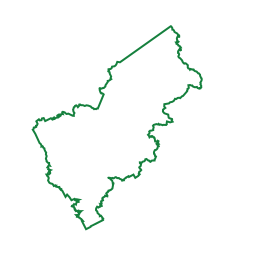 the district of Yarra Ranges, Victoria, Australia, rotated 324°
{"feature_id": "25037944B70077936823133", "entity_name": "Yarra Ranges", "entity_type": "district", "adm_level": 2, "iso_a3": "AUS", "parent_name": "Australia", "parent_adm1": "Victoria", "projection": "mercator", "projection_center": [145.617, -37.75], "detail": "fine", "context": "isolated", "style": "outline", "palette": "green", "viewbox_px": 256, "rotation_deg": 324, "n_neighbors": 0, "source": "geoboundaries", "source_scale": "gbopen_adm2", "svg_char_len": 5757}
<svg xmlns="http://www.w3.org/2000/svg" viewBox="0 0 256 256"><g transform="rotate(324 128 128)"><path d="M223.7,84.8L223.2,84.2L223.8,83.1L223.3,81.9L223.4,80.6L222.1,77.7L222.5,76.0L222.3,75.0L221.7,74.5L222.6,73.1L222.7,71.2L222.4,70.8L160.1,70.1L158.2,68.2L156.1,69.6L154.7,70.1L153.3,70.1L151.2,69.0L149.8,70.0L148.5,70.0L146.8,69.0L146.2,69.7L146.3,70.3L145.4,70.7L145.9,72.1L145.2,73.2L144.6,76.5L143.1,77.5L143.2,78.6L140.3,78.5L139.3,78.0L138.8,78.8L134.9,80.2L134.1,81.1L131.8,81.4L131.3,80.9L129.7,80.6L128.7,79.2L128.3,79.2L127.9,79.7L127.9,80.4L127.3,80.9L126.6,83.3L126.7,84.3L127.2,84.3L127.8,85.3L128.1,86.5L115.1,94.5L114.6,94.0L113.3,94.0L112.3,92.9L111.6,92.8L111.3,91.1L110.6,90.3L110.5,88.7L109.0,86.5L107.7,85.2L106.0,84.8L104.9,83.0L103.5,82.0L103.0,80.7L102.3,80.4L101.8,81.2L99.7,81.7L99.7,79.8L99.4,79.2L98.1,79.0L97.5,79.5L96.3,79.4L95.3,80.4L94.5,80.7L93.5,82.7L93.5,84.4L92.1,85.1L91.3,86.3L90.4,85.5L88.2,81.3L86.6,80.6L86.0,79.1L86.0,78.2L84.8,76.6L84.0,76.6L83.5,78.4L83.0,77.8L82.1,77.8L79.8,76.4L78.7,76.4L80.0,78.4L77.5,78.4L77.5,77.5L74.3,77.5L74.4,76.0L72.7,76.0L72.6,77.0L71.8,76.8L71.4,74.8L65.1,73.7L65.6,70.4L64.0,69.7L62.6,70.8L61.0,69.9L61.0,68.6L57.8,68.7L57.3,71.5L55.8,72.4L54.9,72.1L54.3,73.1L53.6,72.7L52.9,72.9L52.0,72.3L50.5,73.6L50.0,73.5L49.6,78.2L47.6,88.3L48.0,89.5L47.7,91.2L47.9,91.8L47.1,92.2L48.2,93.0L47.9,94.1L48.4,95.4L47.8,96.2L47.3,98.7L47.4,99.7L46.1,101.0L45.7,102.9L43.5,104.6L42.9,106.8L42.5,107.2L42.9,109.3L43.6,109.9L42.7,111.3L42.6,112.6L41.7,111.7L39.7,112.5L40.1,112.9L40.1,113.8L39.2,114.5L40.7,116.6L39.1,116.4L39.0,116.8L38.7,116.9L39.1,117.0L39.0,117.3L38.5,117.1L38.4,117.8L38.7,117.9L38.5,118.1L38.7,118.5L38.4,118.9L36.6,119.1L36.4,118.8L36.6,118.6L36.0,118.0L35.2,118.3L34.7,117.9L34.5,119.8L34.8,120.7L34.5,121.9L32.5,123.5L32.2,126.0L32.7,127.2L33.9,128.6L34.1,129.4L33.9,131.3L35.3,131.5L35.2,132.3L36.1,132.6L35.5,133.4L36.8,134.8L37.7,135.3L37.3,135.9L37.6,136.9L37.2,136.7L37.2,137.1L37.3,138.4L37.9,138.5L37.5,139.2L38.0,140.0L37.0,147.0L39.6,146.1L40.0,149.7L39.8,153.2L43.0,153.9L42.8,154.8L43.7,154.8L44.2,155.2L44.0,155.4L44.7,155.6L46.1,157.1L45.7,157.0L45.2,157.8L44.4,156.8L44.6,156.5L43.8,156.2L43.3,156.7L43.6,158.0L43.1,157.6L41.2,159.1L41.2,158.8L39.6,158.5L39.5,157.9L38.9,158.1L38.9,158.4L36.9,158.0L36.5,158.3L37.9,160.2L37.7,161.5L37.4,161.5L37.2,162.3L37.4,162.9L36.9,163.0L37.0,164.7L38.2,165.1L38.5,165.9L39.5,165.9L39.5,166.5L41.2,167.7L40.4,167.7L40.6,167.9L39.0,168.3L38.1,167.7L38.0,168.9L37.1,169.4L34.9,168.0L35.1,169.2L34.5,169.8L35.8,171.0L35.6,171.5L36.2,172.5L36.2,173.3L36.7,174.1L36.9,176.8L36.0,176.3L34.6,185.2L39.6,186.0L40.1,185.6L53.6,187.8L53.8,186.7L54.6,186.8L54.6,183.2L53.4,182.8L54.0,182.0L53.4,178.8L54.1,177.5L53.8,175.8L54.1,175.3L55.0,174.3L56.8,173.5L57.3,174.2L57.3,174.9L59.1,175.2L59.5,174.8L59.5,175.3L60.5,175.4L60.7,174.0L61.2,174.9L61.9,173.0L62.5,173.2L63.1,171.5L65.2,171.8L65.4,170.5L65.9,170.5L66.1,169.7L66.5,169.5L69.0,169.8L69.6,169.3L71.1,171.1L71.6,170.6L71.9,168.2L72.6,167.9L73.9,168.1L74.3,167.5L76.0,167.7L76.0,167.4L77.7,168.0L79.8,167.8L82.5,165.2L82.8,164.4L83.5,164.5L83.8,164.0L83.5,163.3L84.2,161.3L84.1,160.1L83.7,159.5L83.8,158.2L83.3,157.2L82.2,156.7L82.9,156.7L84.0,157.6L84.6,158.4L84.6,158.9L85.9,159.1L86.8,160.3L88.9,160.4L89.4,160.8L89.8,162.2L91.2,163.1L91.3,164.0L92.6,166.1L92.3,167.1L92.7,167.3L93.0,166.8L94.0,167.7L94.2,167.2L96.1,167.0L96.7,167.2L97.1,166.9L100.1,167.3L100.0,168.2L105.0,168.9L104.6,172.6L108.0,172.8L110.2,172.3L109.8,171.3L111.4,170.0L112.3,170.2L114.0,169.8L114.1,168.8L113.7,167.8L114.0,166.4L115.9,166.2L117.3,164.9L117.0,163.4L117.4,162.8L118.9,164.1L120.1,163.9L121.7,164.5L122.9,164.2L123.6,163.5L124.7,163.9L125.3,166.2L126.1,167.1L125.9,167.8L126.3,168.6L128.2,168.4L130.4,169.9L131.1,169.0L131.6,169.0L133.9,167.5L133.4,166.5L134.0,165.3L134.2,164.6L133.9,164.2L134.8,162.8L136.7,161.7L138.1,162.2L139.7,161.9L140.9,160.8L141.5,160.5L142.1,160.8L142.3,160.0L141.6,158.2L141.9,157.4L142.9,157.7L143.5,158.4L143.6,157.5L144.9,156.6L144.5,155.7L143.6,156.0L142.1,154.8L143.6,151.8L143.6,150.8L143.1,150.7L143.0,149.1L142.2,149.1L142.3,148.5L142.0,148.1L139.9,148.2L140.4,146.5L140.2,145.3L142.1,145.0L142.7,144.4L143.1,143.3L144.4,143.2L145.4,143.9L147.2,144.5L147.8,143.6L149.3,142.4L149.5,140.9L150.6,140.6L153.2,141.5L154.4,142.9L154.7,142.8L155.0,143.3L155.3,143.0L155.7,144.1L156.5,144.3L157.7,146.1L158.4,146.2L160.7,148.0L161.6,147.8L162.0,146.9L163.4,145.6L165.4,148.2L167.8,149.1L167.9,147.3L168.8,146.9L168.9,146.6L167.2,144.3L167.0,143.5L168.4,140.8L166.1,137.5L165.9,135.3L167.2,133.7L170.0,133.7L169.9,132.0L171.4,130.1L175.6,132.2L177.0,131.9L179.4,132.9L181.3,132.9L183.2,132.0L184.0,132.9L185.9,132.9L187.3,133.7L187.8,134.5L190.3,134.1L191.4,134.4L197.5,133.0L197.7,132.5L198.7,132.1L199.0,131.4L200.4,131.5L201.0,130.9L202.0,128.9L203.5,129.7L204.3,131.1L205.0,131.4L205.0,132.8L206.1,134.4L207.9,135.3L207.8,136.5L208.8,138.1L209.6,138.4L209.8,138.0L210.3,138.4L211.4,138.0L211.6,137.2L212.2,136.6L212.2,135.3L213.1,134.6L213.2,133.8L215.3,132.9L216.3,131.9L216.7,131.1L216.5,130.7L217.0,128.2L217.6,127.2L217.4,125.4L216.9,125.0L216.7,122.7L215.6,121.3L215.2,119.9L215.5,119.4L215.0,118.7L214.3,118.5L213.5,117.2L212.4,117.3L212.6,116.3L211.8,115.2L212.0,114.0L213.3,112.4L212.8,109.9L212.2,109.1L211.5,109.1L211.1,108.5L211.1,106.3L211.5,105.2L211.2,102.3L210.6,100.8L210.8,99.7L212.7,98.5L213.0,97.3L212.6,96.7L213.6,95.4L215.1,94.8L216.0,96.0L216.6,96.1L216.8,95.8L216.5,94.8L216.8,94.0L218.0,94.2L218.1,92.6L217.2,90.8L217.5,90.2L216.7,88.3L217.2,87.9L217.2,87.1L218.7,88.0L219.5,87.9L219.0,86.5L219.4,86.4L219.7,85.1L220.3,84.1L222.5,82.8L222.9,83.2L222.8,84.2L223.7,84.8Z" fill="none" stroke="#15803d" stroke-width="2"/></g></svg>